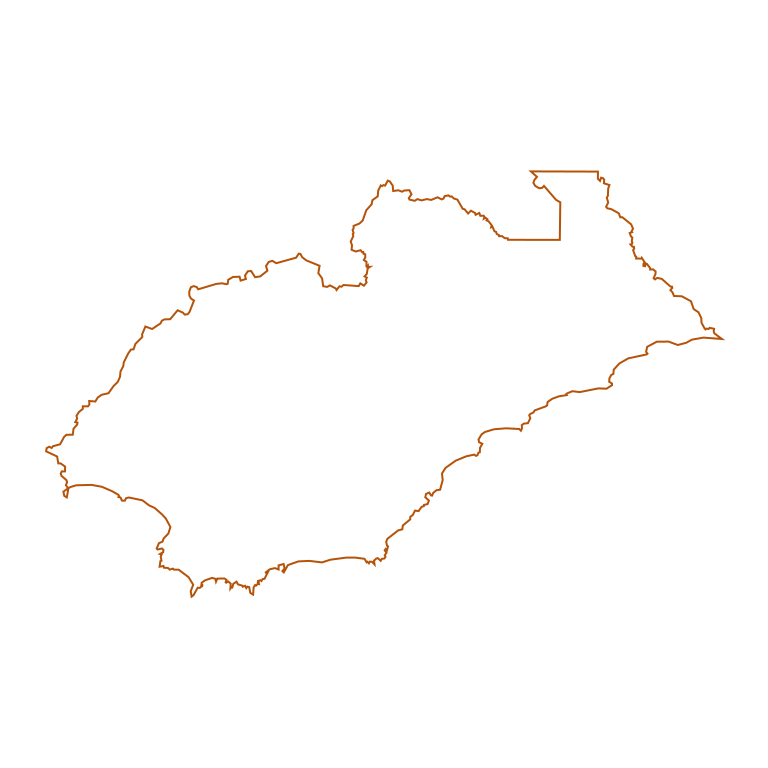 Ahanta West Municipal, Western, Ghana (Natural Earth projection)
{"feature_id": "2480657B81057694902297", "entity_name": "Ahanta West Municipal", "entity_type": "district", "adm_level": 2, "iso_a3": "GHA", "parent_name": "Ghana", "parent_adm1": "Western", "projection": "natural_earth1", "projection_center": [-1.968, 4.851], "detail": "fine", "context": "isolated", "style": "outline", "palette": "amber", "viewbox_px": 768, "rotation_deg": 0, "n_neighbors": 0, "source": "geoboundaries", "source_scale": "gbopen_adm2", "svg_char_len": 6084}
<svg xmlns="http://www.w3.org/2000/svg" viewBox="0 0 768 768"><path d="M377.7,196.4L372.4,200.2L371.6,204.3L366.3,210.2L362.7,220.5L359.5,223.5L353.6,225.9L353.6,228.4L352.6,229.9L353.6,233.0L352.8,234.1L353.3,236.1L350.7,241.5L352.0,245.2L351.6,249.8L355.7,251.5L360.6,250.2L362.2,252.3L363.3,252.0L363.6,253.8L365.2,254.3L365.3,257.4L363.8,260.0L366.5,261.8L366.4,266.4L367.1,267.1L368.0,265.7L368.2,267.0L369.9,266.9L367.7,268.4L366.8,273.9L364.6,276.4L366.8,277.6L365.8,280.3L366.6,282.4L363.9,285.7L360.3,283.4L358.7,286.1L343.5,285.0L341.6,286.7L339.5,286.3L336.5,290.0L335.8,288.5L330.0,285.4L327.2,286.9L323.2,286.2L322.1,278.4L318.3,273.1L319.6,265.8L306.3,260.4L302.2,257.2L300.4,253.9L298.7,253.7L296.1,257.7L276.2,263.2L272.4,260.8L268.7,262.0L266.0,266.0L267.4,270.7L260.2,276.4L255.1,277.2L251.1,271.0L247.8,271.3L245.0,275.5L245.9,279.0L240.6,280.6L239.6,276.7L232.9,277.0L228.2,279.8L227.7,283.8L226.2,284.2L222.1,283.3L216.3,283.9L198.2,289.3L196.8,287.1L193.8,286.1L190.9,287.2L189.2,291.8L189.4,295.7L191.0,298.6L194.0,300.5L189.5,312.0L187.7,314.2L184.7,314.6L182.9,312.6L177.6,310.3L170.2,319.2L164.4,319.4L161.9,320.7L160.4,323.5L152.1,329.0L145.4,326.5L142.1,334.4L142.3,337.0L135.4,343.9L133.6,349.3L130.9,349.6L128.3,353.3L123.7,362.5L123.3,366.1L120.5,371.4L120.0,376.8L117.8,381.9L113.6,386.0L108.5,393.2L101.6,394.8L97.7,397.6L95.3,401.5L89.2,401.0L89.4,404.5L88.0,406.3L82.8,406.3L82.8,408.9L79.0,411.9L76.5,415.8L77.1,418.7L75.3,422.1L77.5,422.6L77.2,424.5L73.5,428.8L72.8,434.7L66.4,434.8L64.1,436.9L60.1,444.3L53.0,446.2L51.6,448.0L49.3,446.7L46.7,448.1L46.1,451.3L57.1,456.5L58.3,463.4L60.6,463.4L65.1,466.6L65.0,471.4L61.7,471.4L60.7,473.7L61.5,475.9L66.4,480.1L67.1,482.1L65.9,485.1L67.6,487.6L67.4,488.8L63.4,491.7L64.3,495.9L66.8,497.4L68.5,488.1L70.5,487.0L76.1,485.3L91.6,484.9L101.9,486.8L111.9,491.1L118.4,494.8L119.1,496.1L118.5,497.0L120.6,497.6L121.9,500.6L124.8,500.7L126.1,498.2L128.9,497.5L142.4,500.3L149.1,505.4L154.6,507.9L161.8,514.2L165.8,518.5L170.4,527.0L168.4,533.5L163.7,538.4L162.5,541.6L158.9,543.2L156.7,548.5L157.5,549.5L162.0,548.5L163.4,549.8L163.2,552.2L160.0,554.0L161.6,554.5L160.7,556.5L161.5,560.7L160.4,561.1L159.6,566.7L163.5,566.0L163.9,567.7L168.0,568.0L169.7,569.6L172.9,568.6L173.9,569.6L178.7,569.7L188.6,577.2L193.2,584.7L190.7,591.3L191.6,596.6L193.5,595.2L197.7,587.7L199.7,587.9L202.3,586.0L202.3,585.2L201.3,585.5L201.7,582.7L205.1,580.3L212.1,577.9L215.3,578.8L216.0,581.7L217.3,578.6L224.6,578.5L226.6,580.0L225.6,582.1L226.2,582.7L228.2,581.5L230.7,583.6L230.4,588.6L231.4,587.3L232.3,587.5L233.3,583.8L236.5,581.7L238.0,584.4L242.5,585.7L242.8,586.7L245.2,585.8L246.3,588.1L247.5,586.7L249.2,587.1L250.3,592.9L253.1,594.6L253.6,587.5L255.1,585.0L256.0,585.6L258.2,583.7L259.0,584.0L258.6,581.9L257.8,582.5L258.0,580.9L260.5,580.3L261.4,581.0L262.6,579.1L264.5,578.8L267.4,573.1L266.5,573.6L265.8,572.3L269.7,569.3L275.0,568.1L278.6,569.5L278.6,565.4L283.6,564.0L284.6,568.4L282.4,571.1L283.8,572.4L287.9,565.1L298.4,561.4L309.4,560.9L322.0,562.4L330.4,559.7L346.2,557.6L355.2,557.6L364.5,558.8L366.6,562.3L367.3,561.7L368.9,563.3L369.8,561.6L372.0,561.8L374.5,564.4L374.0,560.7L376.2,558.6L377.7,558.1L380.7,560.8L381.7,558.9L384.4,558.5L385.5,556.7L384.7,555.3L386.5,552.8L384.7,550.4L385.7,548.9L387.0,550.2L388.0,546.4L387.0,545.7L386.2,541.8L387.4,538.8L398.0,530.5L402.3,529.3L402.8,525.5L410.2,519.4L410.3,516.8L412.8,515.0L415.0,510.6L418.6,511.1L421.6,506.8L423.8,506.2L424.0,504.9L427.6,504.1L428.9,500.5L425.3,497.3L426.0,494.0L429.2,492.5L431.0,495.4L432.1,495.6L433.2,492.9L436.5,490.2L440.1,489.7L442.7,480.1L442.0,473.5L445.5,467.9L455.6,460.7L466.3,456.3L474.2,454.6L476.1,455.9L477.5,455.1L478.4,452.7L479.8,452.3L480.0,447.9L482.3,443.8L479.1,442.2L478.5,439.5L481.6,434.4L484.9,432.0L493.9,429.3L506.0,428.3L519.3,429.0L520.9,430.7L522.0,428.4L521.8,425.1L523.9,423.6L527.9,423.2L530.3,418.2L529.2,415.3L530.1,414.1L533.4,412.5L534.7,410.4L545.7,406.4L547.1,405.4L547.6,402.0L552.4,398.7L559.0,396.3L566.7,395.1L566.1,394.2L567.3,393.3L572.4,391.2L579.7,392.1L598.3,388.4L606.5,388.7L612.0,385.2L612.0,383.5L609.2,381.8L609.4,378.4L611.2,375.0L613.4,373.9L613.7,369.7L619.3,363.5L628.2,358.4L646.7,354.4L647.5,353.7L646.1,351.8L647.2,346.8L656.8,341.7L668.6,341.6L677.8,345.0L686.2,342.8L692.0,339.6L703.6,337.6L721.9,339.0L714.4,333.4L713.7,331.5L714.1,328.8L709.6,327.8L708.7,329.0L706.3,328.6L705.4,329.4L704.5,328.3L701.5,322.7L701.3,318.1L698.4,312.2L693.7,309.1L691.0,301.3L681.9,296.3L674.0,296.0L672.5,292.4L670.4,290.1L672.3,287.9L672.0,286.7L670.4,286.5L661.8,278.9L657.2,277.9L655.0,279.4L653.6,278.2L655.5,274.0L655.6,271.4L652.9,269.3L650.2,269.6L650.0,267.9L646.9,263.9L645.9,263.6L645.0,266.2L643.4,265.9L643.5,263.7L644.7,262.3L641.7,257.8L641.3,258.6L636.1,258.5L636.2,256.6L635.3,256.2L633.1,250.1L634.2,248.5L633.9,246.8L632.5,246.7L630.5,244.4L631.8,244.1L632.4,242.7L631.8,241.3L632.3,237.5L631.0,236.5L629.7,233.0L632.0,232.2L631.5,231.6L633.0,228.7L631.2,224.4L622.3,217.2L620.3,217.3L618.8,213.3L611.2,209.1L607.3,208.3L606.1,206.8L608.2,202.6L606.8,197.6L607.9,195.8L608.2,188.5L609.4,185.0L603.9,183.3L604.2,179.7L602.9,178.1L601.1,177.7L600.0,180.9L597.9,178.8L597.9,171.6L530.9,171.4L537.0,176.9L534.4,179.9L533.4,182.9L535.2,185.9L539.2,188.2L542.1,187.9L544.0,185.9L556.1,199.9L560.3,202.3L559.8,239.9L508.0,239.8L507.7,238.3L504.8,238.2L502.0,236.1L499.1,236.2L499.0,235.2L496.7,233.9L496.1,231.9L494.5,231.3L492.3,226.4L491.2,227.1L491.6,225.2L488.5,221.2L486.6,220.4L487.4,219.2L485.4,217.8L483.9,218.7L484.4,216.7L483.6,215.7L480.3,215.8L479.3,213.0L475.6,214.8L475.1,213.0L470.9,210.7L468.1,213.5L464.6,209.3L462.7,208.8L457.4,199.6L453.9,198.5L451.7,196.4L450.0,196.6L448.5,195.4L444.7,196.1L443.5,198.6L441.7,199.4L437.5,197.3L431.3,199.9L426.7,199.1L421.5,200.4L417.4,199.1L414.7,200.8L409.5,199.6L408.8,198.1L411.5,194.3L409.4,190.2L404.3,190.5L402.1,191.7L398.4,190.3L393.2,191.0L392.7,185.6L389.8,181.4L387.8,180.6L385.1,185.6L383.5,185.1L382.0,186.1L380.8,185.4L378.2,190.6L377.7,196.4Z" fill="none" stroke="#b45309" stroke-width="2"/></svg>